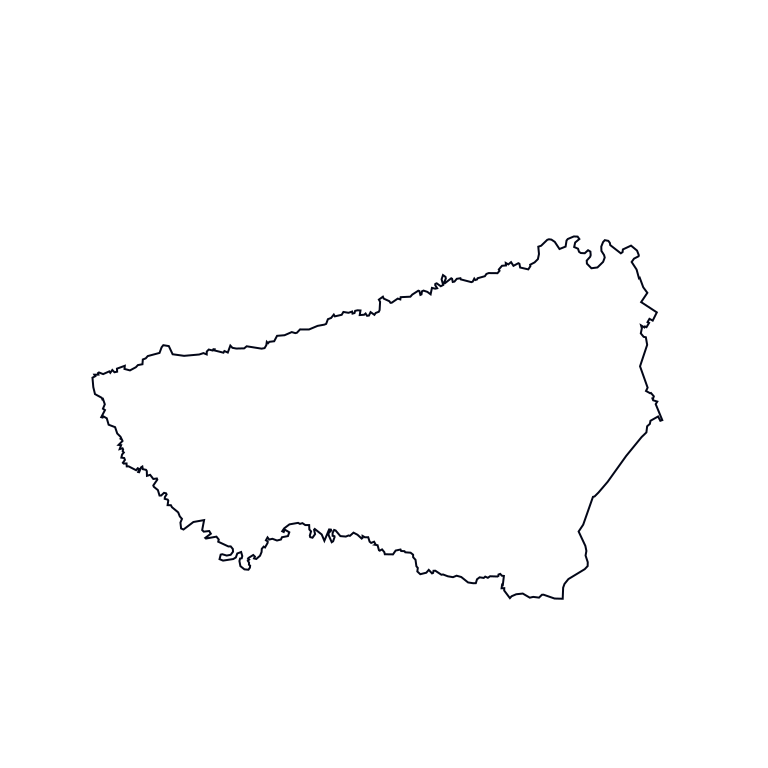 outline of Paso de Ovejas, Veracruz, Mexico, rotated 24°
{"feature_id": "50627088B17085270439419", "entity_name": "Paso de Ovejas", "entity_type": "district", "adm_level": 2, "iso_a3": "MEX", "parent_name": "Mexico", "parent_adm1": "Veracruz", "projection": "natural_earth1", "projection_center": [-96.462, 19.257], "detail": "fine", "context": "isolated", "style": "outline", "palette": "ink", "viewbox_px": 768, "rotation_deg": 24, "n_neighbors": 0, "source": "geoboundaries", "source_scale": "gbopen_adm2", "svg_char_len": 6165}
<svg xmlns="http://www.w3.org/2000/svg" viewBox="0 0 768 768"><g transform="rotate(24 384 384)"><path d="M547.2,168.3L534.2,165.1L532.9,163.2L530.7,162.0L527.2,162.8L526.4,165.3L526.6,170.1L528.5,174.0L532.6,176.7L534.2,178.7L534.5,183.3L531.6,190.7L526.4,193.9L520.4,191.5L519.0,188.8L520.6,183.9L520.4,182.2L518.7,179.1L516.0,178.8L514.2,182.9L510.5,184.3L508.4,183.9L506.2,181.5L502.0,181.5L501.1,177.0L503.5,172.1L500.9,170.6L497.4,172.0L492.9,176.8L492.4,178.7L494.0,184.6L489.4,189.3L482.2,184.7L478.2,184.0L475.8,184.7L474.5,185.9L471.3,193.8L469.1,195.8L472.7,202.2L473.8,207.3L472.1,211.7L469.0,215.6L469.8,216.8L469.2,220.6L461.0,222.2L458.8,219.1L457.6,219.0L454.2,223.4L450.5,221.0L448.9,224.2L446.0,223.9L447.2,226.1L443.7,228.0L442.3,232.7L443.5,233.6L442.6,236.6L434.5,240.1L432.8,241.8L432.3,244.5L426.5,249.3L426.5,250.6L425.1,251.9L423.6,251.0L423.4,254.4L422.4,255.4L411.6,257.2L410.8,256.3L407.7,258.3L406.7,261.8L405.3,262.8L403.4,260.2L402.4,260.1L398.6,267.3L397.6,266.9L397.6,262.5L396.6,261.1L393.6,260.5L394.0,264.9L397.8,269.5L396.1,271.6L391.2,270.6L390.2,271.6L390.5,272.8L393.6,274.9L392.0,276.1L388.7,276.7L390.1,283.1L386.1,282.2L382.1,282.6L381.0,283.9L381.8,286.9L381.0,287.8L378.5,284.7L377.4,284.8L373.4,290.9L372.6,293.5L363.9,297.9L364.5,300.1L361.8,300.4L358.0,306.6L356.9,307.2L355.2,306.2L349.0,306.1L347.5,304.7L345.0,309.0L347.0,310.5L349.9,318.2L349.9,320.1L347.5,322.5L347.1,324.7L342.5,323.8L342.4,327.6L340.8,328.6L338.5,327.1L337.7,328.8L333.8,330.9L332.6,326.4L329.9,327.4L327.9,328.9L328.2,331.2L326.6,332.5L325.4,330.8L322.6,333.4L317.6,334.7L317.2,338.0L311.6,342.2L309.9,341.0L308.8,345.2L306.4,347.6L306.7,352.6L305.4,354.0L299.7,357.9L293.3,364.7L285.1,368.3L283.6,372.6L282.3,373.6L278.6,374.1L273.3,379.9L266.7,383.5L266.3,389.6L262.1,392.1L261.5,393.9L259.8,393.2L260.7,396.5L260.3,399.8L257.8,401.5L243.2,405.4L241.8,408.3L234.6,411.7L230.8,412.6L228.0,411.4L228.5,418.8L224.8,418.8L224.6,420.7L215.4,422.3L215.2,421.2L214.0,421.6L213.8,423.1L209.9,423.8L208.9,426.4L210.0,429.1L206.5,429.2L203.2,432.2L189.9,439.6L178.8,442.8L172.0,436.9L166.6,438.3L165.9,440.9L166.3,446.9L156.8,454.6L155.9,457.5L153.7,459.7L155.3,464.2L151.5,466.8L150.5,469.6L146.4,474.9L140.8,475.8L139.8,472.8L133.8,478.6L135.2,481.3L133.0,482.9L130.1,481.7L129.4,485.1L127.9,484.2L123.4,489.2L118.9,489.4L118.3,490.4L119.3,491.6L115.6,493.3L116.7,494.1L117.7,493.5L115.1,496.8L119.7,505.1L124.1,510.8L131.7,511.4L133.0,512.6L133.4,512.0L137.2,516.1L137.3,520.9L139.7,521.3L139.2,529.3L140.6,529.1L140.8,527.7L144.7,528.1L149.0,533.2L155.9,532.8L160.4,537.7L164.8,539.4L166.2,540.6L165.8,541.2L167.2,541.4L168.3,542.4L166.3,547.6L168.7,546.8L169.0,551.0L171.3,549.1L172.3,549.9L172.6,551.7L174.2,552.4L173.4,554.9L174.0,558.1L176.8,557.3L178.2,558.7L177.5,562.2L178.5,562.6L181.1,561.3L182.5,563.9L184.2,563.1L192.6,563.6L193.3,561.1L195.0,561.2L195.2,564.4L196.2,564.2L196.0,558.9L196.8,557.7L198.3,559.9L201.5,559.2L202.7,560.0L204.8,564.3L207.3,562.1L211.9,564.6L214.9,562.7L215.8,563.6L214.5,570.5L215.5,571.5L220.6,572.9L224.3,577.2L225.8,576.5L227.3,572.9L229.4,572.5L230.3,573.3L229.8,576.4L230.4,578.1L233.4,577.6L234.3,578.2L235.6,582.7L238.6,581.4L240.4,582.8L248.2,585.0L251.3,588.0L254.3,589.4L254.4,593.4L257.4,598.5L260.0,598.5L266.0,587.6L275.0,581.5L277.3,591.4L279.4,592.2L284.1,589.4L286.7,591.2L283.3,597.3L284.2,597.6L293.0,591.6L296.3,593.3L296.7,595.5L307.9,595.7L310.0,594.7L313.0,596.2L314.3,598.6L313.4,602.4L310.1,604.7L305.5,605.3L304.2,606.3L305.0,610.9L308.8,610.8L317.5,605.2L319.2,602.7L318.9,598.5L321.8,595.6L324.5,598.8L324.9,601.1L323.5,602.0L323.9,604.5L326.9,608.8L331.9,610.1L335.7,608.8L336.2,606.3L335.6,604.4L334.1,604.0L333.4,602.1L331.5,600.9L332.2,599.3L330.8,599.0L330.9,598.1L334.1,593.4L336.3,594.2L336.2,596.2L338.5,595.8L340.6,591.3L340.5,587.3L339.4,584.3L340.2,581.5L341.8,581.7L342.3,576.5L341.8,575.1L339.7,574.8L340.0,571.5L342.4,572.8L345.0,570.8L349.9,570.5L353.1,568.0L353.1,565.5L358.1,562.0L357.8,558.0L352.5,557.4L352.6,560.0L350.9,559.9L351.5,556.5L354.7,550.7L362.0,545.8L364.1,546.0L366.1,544.3L369.4,544.9L373.0,543.3L375.0,547.3L377.3,548.3L377.9,552.7L378.9,553.9L381.2,553.5L382.1,549.2L379.4,545.6L379.7,544.6L388.3,546.8L393.3,551.5L393.0,539.2L394.7,538.6L395.4,539.3L394.0,542.7L394.8,544.5L400.6,549.8L401.5,548.4L401.1,543.9L400.6,543.2L398.8,543.6L397.6,540.9L397.8,537.6L399.4,537.5L406.0,540.7L411.2,538.9L413.2,536.8L414.6,536.6L416.6,532.2L421.1,532.5L426.5,534.3L427.0,533.3L426.2,531.5L428.9,531.8L431.9,530.4L435.0,533.9L436.9,534.4L439.1,532.1L441.6,534.0L441.2,534.5L443.7,533.9L447.0,537.9L447.9,538.0L449.5,535.9L452.7,537.5L454.0,539.2L461.5,536.0L462.4,531.4L466.4,528.5L467.6,529.6L470.7,528.4L471.9,529.1L476.9,527.3L480.0,528.1L481.1,530.4L484.3,531.8L487.7,537.3L489.7,538.3L490.7,541.7L494.5,543.0L499.4,539.2L500.5,535.6L504.9,537.5L505.7,536.6L505.2,534.5L506.8,533.7L514.0,534.9L515.4,534.0L520.6,533.7L525.6,532.4L528.3,529.6L533.1,528.9L541.5,531.1L546.6,529.7L548.9,528.6L548.4,524.6L550.0,521.7L554.0,520.6L554.8,518.8L557.7,518.8L559.1,516.5L566.0,513.7L566.6,512.8L566.1,511.5L567.4,510.2L569.6,511.2L571.6,510.6L574.3,519.3L573.5,519.3L574.5,522.8L576.9,521.6L577.8,523.8L586.1,528.4L586.9,526.0L590.3,522.3L596.0,519.0L604.1,519.9L606.9,517.8L612.5,516.1L614.0,512.3L615.4,511.6L627.1,510.6L634.6,507.5L630.5,497.2L630.2,493.2L631.8,487.2L642.7,471.5L644.1,467.5L642.6,463.9L637.9,458.7L636.8,454.2L633.8,450.0L621.8,439.6L623.2,431.5L620.8,402.1L622.1,401.1L624.1,395.9L628.1,382.4L634.5,351.2L640.9,327.7L643.4,321.5L641.6,315.6L643.1,312.3L642.4,309.2L647.6,302.2L651.4,305.2L652.9,303.8L640.4,291.9L640.8,288.9L636.5,289.4L635.1,288.0L635.7,287.6L635.5,285.5L631.5,283.6L630.9,284.2L626.2,283.8L626.3,280.1L610.7,263.7L608.5,241.2L604.2,234.8L602.0,235.3L598.0,233.3L596.9,228.2L595.0,225.9L598.9,226.4L599.0,225.3L600.7,225.3L601.3,220.4L599.6,220.3L600.0,216.5L603.7,216.8L604.1,207.6L585.6,204.6L587.5,193.6L581.5,190.2L574.4,182.9L573.9,183.7L568.2,176.7L560.6,171.8L561.4,167.8L564.6,163.8L564.4,162.7L560.9,159.2L553.4,157.1L547.5,163.9L548.3,166.5L547.2,168.3Z" fill="none" stroke="#020617" stroke-width="2"/></g></svg>